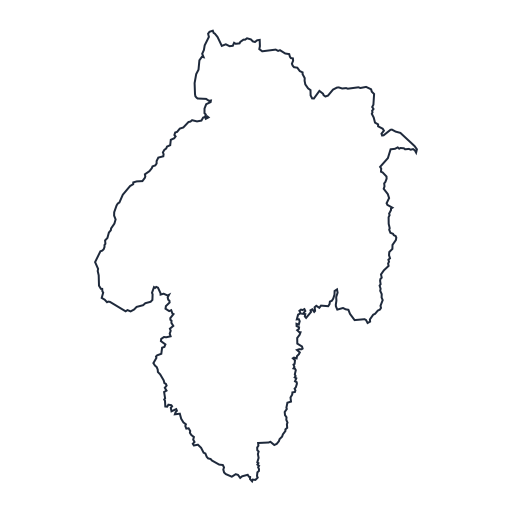 outline of Cachoeira do Sul, Rio Grande do Sul, Brazil
{"feature_id": "56859067B94054862444649", "entity_name": "Cachoeira do Sul", "entity_type": "district", "adm_level": 2, "iso_a3": "BRA", "parent_name": "Brazil", "parent_adm1": "Rio Grande do Sul", "projection": "robinson", "projection_center": [-52.981, -30.236], "detail": "fine", "context": "isolated", "style": "outline", "palette": "slate", "viewbox_px": 512, "rotation_deg": 0, "n_neighbors": 0, "source": "geoboundaries", "source_scale": "gbopen_adm2", "svg_char_len": 6042}
<svg xmlns="http://www.w3.org/2000/svg" viewBox="0 0 512 512"><path d="M154.9,365.5L156.7,367.1L157.7,369.6L157.9,372.0L160.2,374.4L163.7,380.4L164.4,383.1L165.9,383.9L166.6,385.6L164.8,387.8L166.5,390.6L164.1,392.0L165.1,398.3L164.2,399.5L165.0,400.8L165.3,406.5L167.2,406.7L168.4,404.7L171.3,405.2L172.1,406.3L170.8,407.8L171.5,411.3L176.2,409.1L176.9,410.8L175.6,412.2L174.9,414.3L179.8,413.7L181.2,418.8L183.4,422.4L185.9,424.3L185.3,426.0L186.3,428.6L188.6,428.3L190.2,431.0L189.9,432.8L191.3,435.0L193.9,437.0L193.2,439.6L194.5,442.0L192.8,443.8L193.9,445.5L197.9,444.7L201.1,447.8L203.6,452.7L205.4,453.5L206.7,456.8L208.1,458.4L210.6,459.0L211.9,460.5L219.2,464.6L222.8,465.0L224.0,467.4L223.3,469.6L224.1,472.5L225.8,474.1L231.8,476.7L235.7,474.2L238.0,474.9L240.2,477.9L242.1,476.3L247.7,474.8L248.9,476.7L250.1,477.0L250.0,479.0L252.1,481.3L252.7,479.6L255.4,479.9L257.7,477.6L257.0,476.0L257.4,472.3L258.9,471.0L259.0,469.1L258.1,467.2L259.0,465.8L257.4,464.6L258.4,463.1L257.3,462.3L258.6,457.9L257.9,454.1L258.6,451.5L257.3,450.2L257.2,447.5L258.4,445.7L258.1,443.0L268.6,442.5L270.4,441.8L274.3,445.0L276.7,443.9L278.9,441.2L279.6,439.1L282.1,436.6L282.9,434.3L285.4,431.0L285.4,429.4L287.2,427.8L286.9,424.2L287.5,422.6L286.3,419.8L286.5,417.3L285.0,415.1L284.7,412.0L286.8,409.0L286.4,407.7L287.4,402.7L291.0,401.6L290.5,397.5L292.2,394.6L292.4,392.4L294.9,392.0L295.4,390.4L294.6,388.7L295.8,387.3L296.9,383.8L296.7,382.2L295.0,381.3L296.3,378.3L294.7,377.4L295.6,376.0L294.8,374.4L295.8,370.2L295.0,368.8L293.5,368.4L294.4,367.0L293.5,364.6L294.6,363.9L295.0,360.3L292.9,358.3L294.0,357.6L296.6,358.4L297.0,356.1L298.9,354.2L299.8,352.4L297.0,350.0L299.2,349.2L301.5,349.3L302.6,348.6L302.0,346.5L297.3,343.6L297.2,338.0L299.6,334.8L300.5,332.3L299.3,332.2L297.2,330.2L298.9,328.9L299.1,327.3L296.6,326.1L296.5,323.8L298.8,324.6L299.7,321.2L298.8,319.2L296.8,319.4L298.1,314.6L300.7,313.3L299.4,310.8L301.0,309.6L302.5,310.1L304.4,309.1L305.3,311.0L302.9,313.8L305.3,314.1L304.8,316.4L306.1,317.9L311.0,312.0L310.5,310.3L312.3,309.3L314.2,311.9L315.1,310.9L314.6,307.3L316.3,305.8L319.3,307.8L321.0,305.6L328.2,306.2L329.5,304.2L329.9,301.6L331.8,300.8L333.2,298.7L334.5,294.6L334.6,291.0L337.0,289.4L337.6,292.7L336.2,297.0L336.4,300.7L335.8,304.7L335.9,306.3L337.3,309.6L343.0,308.0L345.6,309.3L348.4,309.8L350.0,313.9L354.6,320.1L364.5,319.2L366.0,320.0L367.6,323.0L370.1,321.6L369.9,319.4L373.2,314.7L375.1,313.8L377.8,310.6L379.9,309.6L381.0,307.9L380.5,305.8L382.7,300.1L381.6,297.5L381.7,294.1L380.2,290.8L380.6,288.8L379.6,285.6L380.6,284.2L380.1,280.7L380.4,279.0L381.7,277.7L381.0,274.4L383.9,270.3L388.6,265.9L388.1,263.5L389.0,261.8L388.4,259.7L390.0,258.3L389.0,255.2L389.3,252.0L392.4,248.9L392.5,244.9L395.9,240.0L396.3,237.6L395.6,236.0L393.8,235.2L393.0,233.8L390.4,232.8L389.2,229.7L389.7,228.2L388.7,223.9L388.6,217.2L389.6,215.1L389.1,213.7L391.0,210.1L391.0,208.6L392.4,207.7L387.4,204.9L386.6,203.2L389.1,198.1L387.8,194.1L383.7,188.8L384.5,186.4L384.2,183.4L385.4,181.9L386.6,178.7L386.5,176.5L382.7,172.5L381.0,171.7L381.2,168.5L380.1,166.9L387.9,158.1L390.6,149.3L395.0,148.8L397.7,147.4L399.2,148.7L400.5,148.0L403.9,148.3L405.1,149.3L408.9,148.9L410.7,149.7L413.1,149.1L414.9,150.4L416.1,152.6L416.9,149.3L414.6,146.1L400.4,132.9L395.6,131.6L391.9,129.6L390.5,129.8L383.6,135.3L382.1,135.5L381.5,133.7L383.9,130.7L382.7,128.7L378.1,126.3L378.1,124.4L375.0,122.6L373.7,117.5L371.8,113.8L372.5,112.3L372.1,110.8L373.5,109.0L372.2,107.0L373.4,104.7L374.1,94.0L371.8,91.7L371.1,89.3L366.1,86.9L360.4,88.0L358.4,87.3L347.8,88.7L346.1,88.1L342.2,88.5L338.7,87.4L336.9,87.6L333.0,89.6L328.0,95.6L325.4,96.5L323.6,95.2L323.0,93.7L319.4,90.9L313.9,98.5L312.1,98.4L310.6,95.4L310.5,90.1L308.1,88.4L305.3,84.4L304.6,80.8L304.7,78.1L302.6,74.2L302.6,72.4L299.8,71.1L297.3,67.7L294.0,67.2L292.7,65.7L291.9,63.8L293.1,60.7L292.9,58.4L290.9,58.1L289.9,56.7L289.2,54.1L285.2,53.5L280.0,50.2L278.1,50.9L275.7,49.6L262.2,51.3L259.3,49.1L259.9,46.2L259.7,39.9L257.1,40.3L255.0,42.0L252.8,41.4L250.9,39.4L247.0,38.3L245.1,39.7L243.4,39.7L240.3,41.9L239.5,43.4L235.7,43.8L234.1,42.8L232.8,45.8L229.6,46.2L225.8,44.3L221.8,45.9L217.6,37.1L214.9,33.7L213.6,32.9L212.8,30.7L209.5,31.8L208.1,33.7L208.9,36.9L204.7,45.3L203.9,50.0L202.2,53.8L203.6,57.2L201.9,56.8L199.4,60.3L198.5,69.7L196.2,74.1L194.6,83.1L195.0,94.1L195.4,96.3L196.5,97.6L197.6,98.5L206.1,98.9L208.9,100.8L210.9,100.5L210.6,102.1L206.2,104.2L204.5,108.6L204.5,113.2L205.8,114.5L205.1,116.9L203.1,117.6L201.4,120.6L197.0,121.4L192.1,120.2L190.4,121.6L188.5,122.0L183.3,127.5L179.8,128.6L177.1,131.9L175.2,132.5L174.4,135.0L175.6,136.4L174.2,138.3L170.8,139.8L170.2,145.2L167.0,146.6L166.2,148.5L164.3,149.9L162.9,152.4L163.6,154.2L163.3,156.3L158.3,157.6L156.6,161.1L156.6,163.5L155.3,165.4L152.5,166.4L151.8,168.2L149.4,171.2L144.9,174.3L145.3,176.5L144.8,177.9L142.4,181.1L136.7,181.4L133.3,182.4L133.2,184.2L130.1,186.0L122.8,194.7L119.4,202.5L117.8,203.5L116.6,205.4L114.2,212.2L114.1,215.6L115.6,219.4L114.4,223.6L111.1,228.4L110.8,230.3L108.9,232.5L107.4,238.0L105.1,240.4L105.4,243.8L104.5,245.0L104.5,247.0L103.7,249.2L102.3,250.6L100.4,251.3L95.1,262.1L98.1,268.9L97.7,271.0L98.7,275.3L99.0,285.7L100.9,288.8L102.2,288.9L102.4,291.3L103.2,292.6L101.7,297.9L104.7,299.7L107.0,302.2L108.3,301.6L110.0,301.9L125.6,311.3L127.5,310.1L130.6,311.4L134.1,309.5L136.6,306.9L143.1,305.2L145.3,303.2L150.6,301.8L152.4,299.9L152.6,294.3L152.0,292.8L154.0,287.1L155.1,287.9L156.2,286.9L158.0,287.7L160.5,293.2L160.6,294.6L163.6,293.7L167.6,295.5L169.0,294.8L167.7,297.4L168.2,299.7L169.4,300.7L169.6,302.5L165.9,306.1L165.5,308.7L169.2,311.1L171.2,310.2L172.4,313.5L173.5,314.1L170.3,318.1L170.4,319.8L171.5,320.7L171.4,322.9L173.3,325.9L169.9,328.7L170.7,330.8L169.7,333.6L170.6,336.3L166.1,337.3L164.0,337.0L161.2,338.9L160.9,341.1L165.4,344.4L164.4,346.9L162.1,347.7L161.3,353.8L157.2,355.3L156.0,356.5L156.4,357.9L153.4,363.1L154.9,365.5ZM205.1,116.9L207.2,116.3L208.5,117.4L205.8,118.8L205.1,116.9Z" fill="none" stroke="#1e293b" stroke-width="2"/></svg>